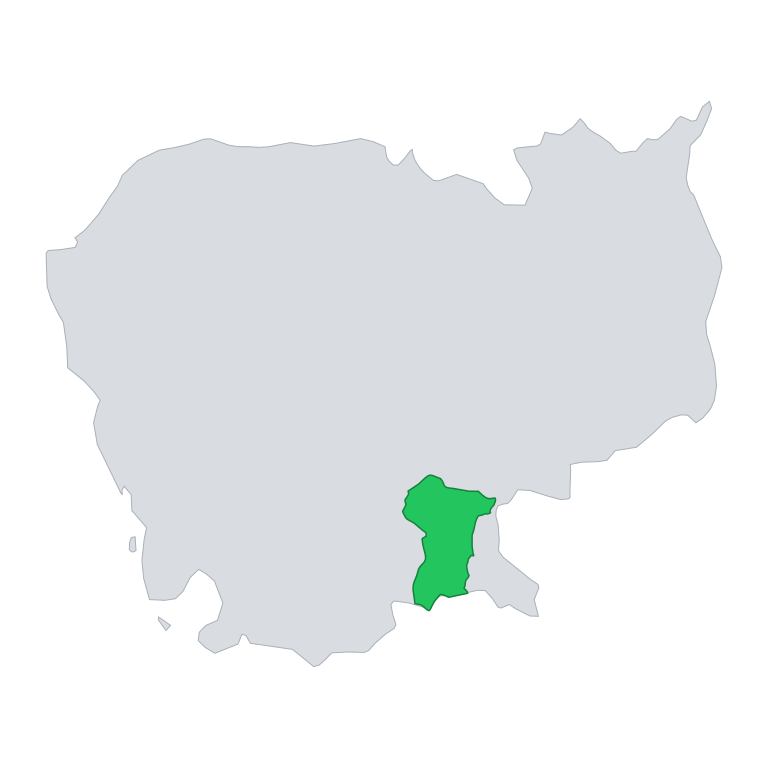 Cambodia, with Prey Vêng highlighted
{"feature_id": "KHM-1790", "entity_name": "Prey Vêng", "entity_type": "Province", "adm_level": 1, "iso_a3": "KHM", "parent_name": "Cambodia", "parent_adm1": "", "projection": "orthographic", "projection_center": [105.494, 11.354], "detail": "fine", "context": "in_parent", "style": "filled", "palette": "green", "viewbox_px": 768, "rotation_deg": 0, "n_neighbors": 0, "source": "natural_earth", "source_scale": "10m", "svg_char_len": 4653}
<svg xmlns="http://www.w3.org/2000/svg" viewBox="0 0 768 768"><path d="M709.5,101.4L711.6,108.6L706.3,122.3L700.7,134.8L690.1,145.7L689.7,153.7L686.2,177.5L687.7,185.1L690.2,191.6L693.7,195.0L703.2,218.3L711.9,239.4L720.4,256.8L721.9,267.8L714.5,295.8L705.7,321.5L706.6,334.3L710.5,347.1L714.8,364.1L716.5,385.9L714.4,400.2L710.4,409.0L702.7,418.1L695.9,422.8L687.8,415.2L681.3,414.9L672.6,417.2L665.8,420.8L652.0,434.2L636.6,447.2L615.3,450.6L607.0,460.3L598.1,461.6L581.2,462.2L570.2,464.5L570.7,469.3L569.9,492.1L570.1,497.4L568.4,498.9L560.8,499.6L547.8,496.1L530.3,490.5L517.8,489.7L511.4,499.6L507.6,503.5L502.8,504.1L497.9,505.9L496.2,510.3L495.8,515.8L498.2,525.3L499.2,540.4L498.5,550.7L503.1,557.2L530.0,579.0L537.9,584.4L538.9,587.7L534.2,599.6L538.4,616.3L530.0,616.0L515.9,608.9L509.2,604.5L501.1,608.0L498.2,607.3L492.7,599.1L485.5,590.7L478.1,590.2L462.5,593.5L446.5,595.8L440.4,595.8L437.9,597.3L428.7,609.8L424.7,607.6L408.6,602.9L393.9,601.0L390.9,604.3L392.7,614.4L395.9,624.4L394.0,628.6L385.9,633.8L375.2,643.2L368.6,650.6L364.1,652.4L347.8,652.0L331.6,652.9L325.1,659.8L319.0,665.2L313.7,666.6L292.6,649.4L250.5,643.3L246.0,635.7L242.0,634.2L238.0,644.0L214.9,653.3L205.3,647.5L198.2,640.6L199.3,632.2L206.1,625.3L217.5,620.4L222.9,603.2L214.4,580.9L206.8,574.4L198.7,569.3L190.2,577.5L182.9,591.5L175.4,598.7L164.9,600.3L149.5,599.6L143.7,578.5L141.9,560.4L144.1,539.8L146.6,527.6L131.9,510.6L131.2,494.6L124.1,486.2L122.0,490.4L122.2,495.0L120.2,491.7L97.3,444.4L93.6,422.5L97.8,405.8L100.2,400.2L93.6,391.2L84.2,381.1L67.7,367.8L66.8,346.9L63.4,322.4L58.5,314.0L51.0,298.8L47.1,286.3L46.1,253.2L48.2,250.5L60.0,249.7L75.2,247.4L77.6,242.1L75.0,237.7L84.8,230.3L98.8,214.0L109.7,196.9L117.5,186.2L122.2,175.5L137.9,160.4L159.5,150.1L174.0,147.7L189.2,144.2L203.7,139.2L210.6,138.8L228.6,145.1L238.3,146.7L248.6,146.7L259.1,147.4L268.4,146.8L290.5,142.6L313.9,146.1L334.8,143.5L360.7,138.6L373.4,141.7L385.0,146.7L386.6,156.8L389.3,161.4L393.1,165.0L398.3,165.0L404.9,158.0L410.4,150.7L412.2,149.4L412.5,153.0L415.2,160.8L420.2,168.5L425.2,173.7L433.5,180.5L438.9,180.8L456.6,174.4L483.2,183.7L486.3,188.4L494.9,198.0L504.2,204.8L525.0,205.2L532.3,188.4L528.7,178.1L516.9,160.3L513.6,149.8L517.4,147.9L537.4,145.9L540.6,143.8L545.0,132.2L550.4,133.5L561.5,135.0L573.2,127.0L580.1,118.7L583.9,122.5L588.0,128.3L592.6,131.7L601.0,136.6L610.4,143.6L616.2,150.5L620.8,153.2L632.7,151.2L635.9,151.4L642.7,143.0L647.5,138.5L651.6,139.7L657.6,139.6L669.9,128.9L676.9,119.1L680.8,116.4L691.9,121.2L696.3,120.2L702.6,106.7L709.5,101.4ZM136.0,550.6L133.7,551.8L131.5,551.8L129.3,549.8L129.6,542.2L131.3,537.6L135.1,536.8L136.0,550.6ZM170.6,625.4L165.9,630.5L158.4,619.9L158.5,617.0L170.6,625.4Z" fill="#d9dde1" stroke="#a8b0b8" stroke-width="1"/><path d="M494.0,505.0L493.6,505.3L491.9,507.2L490.4,509.5L490.0,512.1L490.4,512.7L489.5,513.3L489.1,513.5L488.7,513.7L488.2,513.8L487.2,513.9L485.0,513.9L484.4,513.9L483.9,514.1L482.6,515.0L479.2,515.6L478.4,516.0L477.9,516.6L477.3,517.4L475.6,521.6L473.8,529.9L473.0,532.7L472.3,534.4L472.2,535.0L472.1,535.8L472.1,546.3L473.0,553.0L473.3,553.9L473.4,554.3L473.7,555.2L473.5,555.8L471.5,555.5L470.7,556.0L470.4,556.4L469.8,557.5L468.8,558.3L468.6,558.7L468.4,559.1L467.7,562.5L467.3,563.5L466.8,564.8L466.7,565.9L466.8,567.6L467.9,573.1L468.3,574.2L468.6,574.5L468.8,574.8L469.0,575.3L468.9,575.9L468.5,576.9L468.1,577.4L467.8,577.9L466.4,579.5L466.2,579.8L465.8,580.7L465.5,581.6L465.0,586.0L464.6,586.8L464.1,587.9L464.1,588.3L464.4,588.7L465.5,589.6L466.8,591.0L467.7,593.2L467.7,593.3L455.7,595.8L449.2,597.2L448.2,597.1L445.3,595.6L441.6,594.6L441.0,594.3L439.4,595.4L434.2,601.5L430.3,609.4L429.1,610.6L427.2,609.9L422.7,606.0L420.7,604.7L415.0,603.7L413.1,590.1L413.1,586.5L413.8,582.8L416.7,575.7L418.6,569.0L420.3,566.3L424.5,561.7L425.6,558.8L425.4,555.1L422.8,544.5L422.1,538.9L423.2,537.9L426.1,536.3L426.2,533.3L425.0,531.9L423.2,530.8L413.8,522.9L407.4,519.4L406.5,518.6L405.8,517.8L403.3,513.2L402.9,512.3L402.7,511.1L405.4,506.1L405.9,504.1L405.8,503.6L405.4,502.7L405.1,501.5L405.0,500.4L405.1,499.7L405.3,499.2L405.5,499.1L405.6,498.9L407.8,495.7L408.2,494.7L408.5,493.9L408.5,492.8L408.4,492.4L408.1,491.1L418.4,484.2L423.4,479.6L424.5,478.5L426.9,476.6L428.2,475.8L429.2,475.4L430.6,475.1L433.1,475.7L440.7,478.7L442.6,481.5L444.1,485.1L444.5,485.7L445.2,486.6L445.5,486.8L446.0,487.1L447.5,487.7L448.3,487.9L453.0,488.4L469.0,491.2L478.3,491.3L481.9,494.7L485.0,497.1L486.1,497.7L487.0,498.1L488.1,498.4L489.6,498.7L490.0,498.7L494.6,498.0L495.3,498.3L495.5,499.1L495.4,501.2L494.1,504.4L494.0,505.0L494.0,505.0Z" fill="#22c55e" stroke="#15803d" stroke-width="1.5"/></svg>